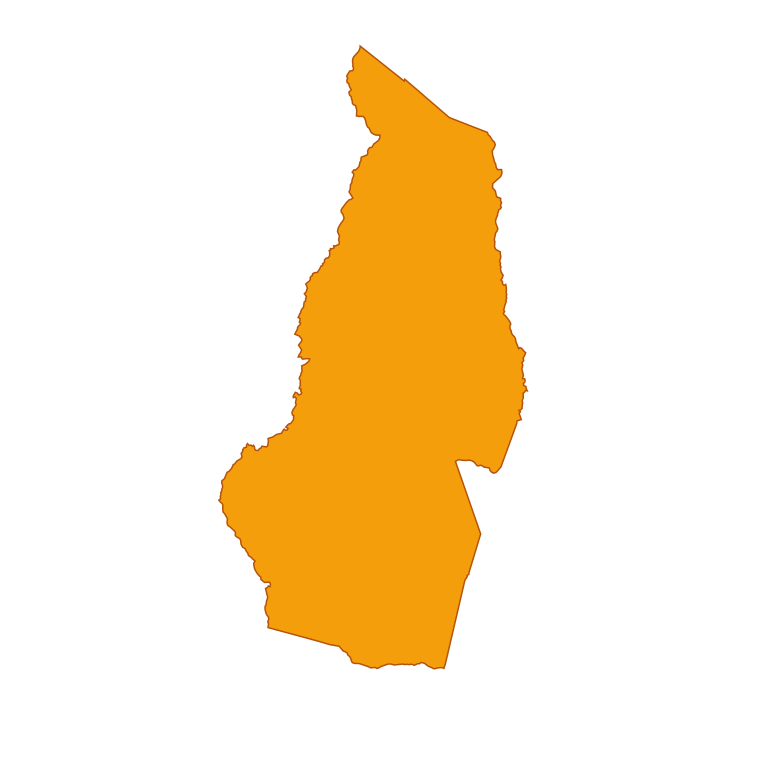 outline of Fernando Falcão, Maranhão, Brazil, rotated 124°
{"feature_id": "56859067B71869987611972", "entity_name": "Fernando Falcão", "entity_type": "district", "adm_level": 2, "iso_a3": "BRA", "parent_name": "Brazil", "parent_adm1": "Maranhão", "projection": "orthographic", "projection_center": [-45.34, -6.195], "detail": "fine", "context": "isolated", "style": "filled", "palette": "amber", "viewbox_px": 768, "rotation_deg": 124, "n_neighbors": 0, "source": "geoboundaries", "source_scale": "gbopen_adm2", "svg_char_len": 6171}
<svg xmlns="http://www.w3.org/2000/svg" viewBox="0 0 768 768"><g transform="rotate(124 384 384)"><path d="M387.3,240.7L342.7,251.8L340.3,253.1L336.7,250.3L332.8,255.5L330.7,255.4L330.4,257.4L329.1,256.3L327.2,255.8L324.5,257.4L322.0,258.5L321.1,259.9L317.4,260.9L313.8,263.5L311.9,262.9L310.2,263.0L309.6,261.4L307.9,264.0L306.7,264.9L307.1,267.2L305.6,268.8L304.0,268.2L301.8,269.2L301.1,270.4L302.1,272.1L298.8,273.3L294.4,278.2L290.8,279.4L289.2,281.6L286.6,281.2L284.7,283.1L282.1,283.3L278.9,284.0L278.5,286.4L277.5,289.8L277.9,291.7L279.4,292.1L274.7,298.9L273.1,300.1L271.9,302.3L271.4,304.7L270.7,306.5L268.8,308.3L268.0,310.0L265.8,312.0L263.4,312.4L262.5,313.7L261.2,316.3L259.5,321.5L259.5,323.1L258.7,324.5L256.5,324.5L255.9,326.0L251.0,327.9L247.2,328.8L246.1,330.0L244.2,330.2L242.8,331.9L241.1,332.3L240.0,333.8L237.7,335.0L235.6,336.6L233.4,338.8L235.1,339.6L234.5,342.0L232.7,343.1L232.4,345.3L230.2,345.2L227.3,346.0L225.6,349.6L223.5,351.8L221.4,352.5L220.9,354.0L218.8,354.9L217.3,357.1L214.9,357.5L212.8,358.6L211.2,360.2L209.4,361.5L209.9,365.7L209.6,367.3L208.3,369.2L204.0,371.7L202.9,373.1L201.3,373.9L196.2,375.9L194.0,375.8L191.7,376.4L187.9,381.6L186.1,382.9L182.6,384.0L181.0,384.1L178.6,385.3L177.0,385.6L175.3,386.3L173.6,385.4L172.0,385.5L170.7,387.4L167.9,387.9L166.9,389.9L164.9,391.0L165.2,393.0L165.9,394.8L164.8,396.5L161.8,399.5L161.2,401.1L160.7,403.7L157.0,405.9L147.0,403.3L145.0,403.6L142.6,404.5L140.5,406.5L142.8,409.7L141.8,411.9L139.0,414.7L137.8,417.1L136.4,418.3L133.5,421.9L130.1,424.7L128.0,424.6L125.2,425.0L123.2,425.7L121.7,427.9L121.3,430.5L119.4,434.6L119.2,436.7L117.6,439.0L126.6,478.8L119.7,537.2L121.6,536.7L117.2,592.7L118.4,591.9L122.3,591.0L129.1,592.0L130.6,592.0L132.8,591.3L135.0,589.9L136.2,588.4L137.7,587.9L139.4,585.7L141.6,585.1L143.7,587.4L148.4,587.3L149.8,586.9L150.6,585.3L153.0,584.6L154.7,583.2L154.7,581.2L156.0,579.8L157.3,577.9L158.2,575.7L161.7,576.3L163.7,574.1L164.2,571.6L165.7,570.6L166.5,569.2L169.0,567.1L169.5,565.7L169.1,563.1L172.5,559.5L177.2,556.7L176.0,554.1L173.9,551.2L174.3,548.8L176.2,546.3L179.2,543.0L180.1,541.2L180.3,539.2L182.5,535.6L182.8,533.7L182.5,531.2L182.1,529.8L180.0,526.5L182.3,525.1L185.3,524.8L190.9,526.7L192.5,526.4L194.6,526.5L196.0,528.0L198.4,528.2L200.2,527.8L201.7,526.4L203.5,526.1L208.7,529.7L210.4,528.9L211.6,528.0L213.4,528.0L217.8,526.3L220.8,526.8L222.6,527.4L223.3,528.7L226.2,528.8L226.7,526.6L228.8,525.4L231.5,525.0L235.7,523.1L237.2,523.4L241.6,520.9L244.3,520.4L246.5,515.3L247.3,513.8L249.1,514.4L250.7,515.8L254.4,516.6L261.9,517.0L264.0,516.7L265.6,515.3L266.1,513.2L267.6,511.2L268.9,509.9L270.8,509.3L275.0,509.6L279.3,509.3L281.5,508.8L283.6,507.8L286.3,503.7L289.8,502.3L291.4,500.4L293.3,499.4L296.7,501.5L297.6,503.0L299.0,501.5L301.0,502.7L301.7,504.1L302.9,503.2L304.0,504.1L305.2,502.6L308.4,500.7L310.5,500.8L312.2,502.4L314.2,502.8L316.6,501.4L318.7,502.2L319.9,501.1L321.6,502.2L324.2,501.7L328.8,501.7L330.6,503.9L332.6,504.9L334.1,504.0L335.5,504.7L337.2,504.7L338.4,503.5L340.6,503.5L342.5,504.2L344.9,504.8L346.3,502.3L347.7,500.9L349.3,500.8L350.8,500.0L353.7,500.5L354.8,497.3L357.7,496.4L359.0,495.4L360.7,496.0L365.3,493.7L368.2,494.0L370.1,493.6L371.6,493.0L373.1,493.1L374.6,492.6L376.9,492.4L376.7,490.2L378.2,489.3L380.1,488.8L380.1,487.2L381.9,486.9L385.1,487.4L386.8,486.5L392.6,485.8L391.6,481.2L392.6,477.5L394.3,476.3L399.6,476.6L401.1,472.8L401.9,471.3L404.7,470.7L407.5,470.7L409.6,470.2L407.9,468.0L409.0,465.6L405.8,461.7L404.8,459.6L407.1,459.0L411.7,460.3L415.0,462.4L416.3,461.1L417.8,460.4L418.8,459.2L421.7,458.7L423.2,458.0L425.2,457.9L427.1,457.2L427.6,455.6L429.1,454.5L430.7,453.7L431.9,452.5L434.0,452.3L435.3,451.6L434.5,450.0L436.5,449.0L437.1,447.5L438.9,447.2L440.8,448.6L440.0,450.5L440.5,452.9L444.8,452.5L446.0,451.5L444.4,450.4L445.1,448.5L449.1,446.9L450.2,445.2L452.2,445.0L456.2,445.0L459.1,444.4L460.8,442.7L460.8,441.0L462.6,440.2L463.9,439.1L469.0,439.2L470.0,440.4L471.5,440.9L474.6,441.3L474.5,438.7L476.3,438.6L477.5,439.7L477.2,441.5L479.1,441.7L482.1,441.4L486.1,445.0L490.5,446.7L492.0,448.2L494.1,449.6L495.8,448.0L500.2,445.9L501.9,446.3L503.8,450.4L505.8,450.2L507.4,451.1L509.6,451.2L510.6,453.1L510.3,454.8L508.7,456.0L507.8,457.9L509.2,458.2L509.0,460.0L510.4,461.7L509.7,463.8L511.6,463.8L513.3,462.7L515.2,464.4L517.4,464.4L519.1,463.5L521.4,463.6L523.8,461.0L525.8,460.9L530.1,462.9L533.8,463.1L535.1,463.9L537.5,463.4L539.5,463.2L543.2,463.7L544.9,464.7L551.9,463.3L554.8,464.3L556.8,463.2L557.9,461.6L560.1,459.9L561.7,459.7L563.3,458.7L565.4,458.6L566.9,457.3L568.7,456.9L570.4,455.3L572.6,456.0L573.3,454.0L573.7,451.1L574.6,449.8L577.1,448.3L580.1,445.9L580.6,443.7L583.2,438.5L586.7,436.6L588.5,434.7L588.6,431.9L589.3,426.7L589.8,424.6L591.0,423.6L592.5,422.9L593.1,421.6L592.9,416.9L593.9,415.3L596.8,412.9L598.3,410.0L598.2,407.1L599.6,404.7L600.5,402.2L602.0,400.4L602.0,397.4L602.5,395.3L602.9,391.8L605.4,391.8L607.2,390.4L609.8,387.7L611.5,384.3L612.2,382.4L612.8,380.1L613.0,378.0L614.9,376.7L615.3,372.1L612.3,368.1L613.5,366.2L615.7,365.1L616.2,367.0L617.9,366.8L619.7,367.9L624.1,363.2L625.2,361.6L627.8,360.4L629.3,360.2L632.9,358.4L635.0,358.2L637.2,356.7L639.3,354.5L640.8,352.5L641.9,349.3L643.6,348.0L646.2,347.3L647.7,345.3L649.5,344.7L650.8,343.9L633.7,293.8L630.3,283.0L626.5,274.6L628.2,268.5L627.7,266.7L627.5,264.5L628.9,262.3L629.2,260.1L630.0,258.2L631.9,256.1L632.7,254.3L631.9,251.8L630.5,249.7L629.5,247.8L626.9,238.2L626.8,236.4L623.9,232.7L623.8,230.9L622.5,229.7L619.9,228.5L613.9,224.0L612.2,221.5L611.2,218.4L605.8,212.0L605.0,209.9L603.5,208.3L602.7,206.3L601.6,205.4L600.5,203.5L600.3,201.6L597.1,199.7L596.0,198.1L594.1,197.5L592.9,194.3L593.2,190.7L593.1,188.7L592.6,186.6L592.2,183.5L591.2,182.2L589.8,181.2L586.8,177.6L586.3,175.3L581.5,176.7L501.5,207.2L497.4,207.2L496.3,208.1L494.5,207.2L493.1,208.0L454.3,220.0L408.2,281.5L406.1,280.5L404.5,279.1L403.6,276.6L401.4,273.1L399.3,270.5L398.5,268.2L398.4,265.4L399.6,261.2L399.0,259.8L397.5,258.7L396.8,256.8L397.0,254.6L394.7,249.8L396.3,247.9L396.9,245.7L396.7,243.4L394.9,241.8L393.4,241.4L387.3,240.7Z" fill="#f59e0b" stroke="#b45309" stroke-width="1.5"/></g></svg>